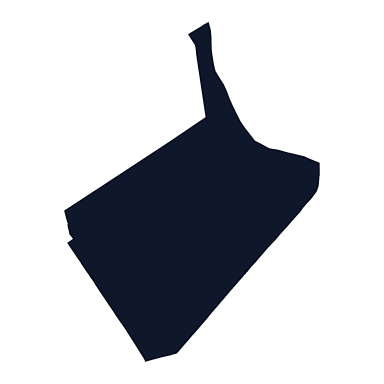 the district of Chau Doc, An Giang, Vietnam
{"feature_id": "81297802B29469680325647", "entity_name": "Chau Doc", "entity_type": "district", "adm_level": 2, "iso_a3": "VNM", "parent_name": "Vietnam", "parent_adm1": "An Giang", "projection": "robinson", "projection_center": [105.086, 10.688], "detail": "fine", "context": "isolated", "style": "filled", "palette": "ink", "viewbox_px": 384, "rotation_deg": 0, "n_neighbors": 0, "source": "geoboundaries", "source_scale": "gbopen_adm2", "svg_char_len": 2358}
<svg xmlns="http://www.w3.org/2000/svg" viewBox="0 0 384 384"><path d="M189.1,34.5L192.7,40.2L194.7,43.3L195.7,44.9L196.3,47.6L197.0,55.0L206.4,117.5L170.5,141.8L165.5,145.1L118.1,176.2L65.1,210.9L65.0,211.0L66.9,218.3L67.6,220.7L67.8,221.4L68.4,223.0L68.6,224.0L68.3,224.7L68.2,225.3L68.3,226.0L68.6,227.2L68.8,228.1L69.3,229.8L69.7,231.5L69.9,232.5L70.0,232.9L70.0,233.3L70.1,234.1L70.3,234.3L71.6,235.7L72.2,236.5L73.5,238.2L74.1,238.8L72.0,240.5L68.2,243.0L68.4,243.3L69.2,244.6L73.5,250.9L74.8,252.8L76.1,254.8L81.5,262.7L81.8,263.4L88.1,272.7L89.0,273.8L90.9,276.9L91.8,278.2L92.2,278.4L95.0,282.7L95.4,283.6L97.9,287.3L101.4,292.7L101.8,293.2L107.8,302.2L108.4,303.0L109.1,304.2L109.3,304.4L114.4,311.9L115.0,312.9L116.0,314.5L121.0,321.9L122.0,323.1L127.6,331.4L128.0,332.2L133.9,341.3L136.4,345.3L139.8,350.8L140.4,351.8L144.6,358.4L145.8,361.0L146.3,360.7L153.5,358.7L159.7,357.0L164.5,355.9L170.6,354.5L172.5,353.8L173.3,353.6L175.5,353.1L175.9,353.1L176.6,352.4L177.4,351.8L179.0,349.9L181.0,347.6L182.2,346.1L183.9,344.2L185.1,342.8L187.8,339.8L189.9,337.2L192.2,334.5L192.9,333.8L194.9,331.7L196.3,329.9L197.3,328.9L199.8,325.9L200.5,325.0L201.0,324.5L203.7,321.4L207.4,317.0L208.6,315.5L209.0,314.9L211.4,312.1L215.1,307.8L216.9,305.9L220.6,301.3L221.6,300.3L224.0,297.5L225.1,296.1L225.4,295.8L226.6,294.4L227.6,293.3L228.7,292.0L230.0,290.2L231.9,288.3L232.5,287.5L234.8,284.9L235.0,284.8L235.8,283.6L236.4,283.2L237.4,281.9L237.6,281.5L238.8,280.3L240.5,278.4L242.2,276.5L242.7,275.9L242.9,275.4L243.9,274.4L244.9,273.6L246.0,271.8L247.0,271.2L248.0,269.7L248.7,268.9L251.3,265.7L251.7,265.3L253.6,263.4L254.4,262.4L255.1,261.8L259.1,256.9L259.9,256.1L261.0,254.8L264.8,250.4L267.9,246.8L274.9,239.5L279.6,233.9L286.9,225.9L290.8,221.3L296.7,214.7L299.3,212.0L301.3,209.2L302.2,207.8L306.1,203.2L310.4,198.7L315.5,191.9L316.2,190.8L317.9,185.8L318.5,179.1L318.7,176.4L319.0,175.4L318.9,163.3L309.6,159.5L303.9,157.0L296.2,155.1L287.1,153.0L278.1,150.5L269.0,149.0L259.3,143.7L254.4,141.2L253.4,139.9L250.1,135.6L244.3,128.2L240.1,122.0L236.1,114.2L232.3,106.4L228.8,98.6L226.3,91.7L223.2,84.9L218.9,78.1L214.8,71.3L213.1,64.2L212.1,57.7L211.1,51.2L210.8,44.2L210.7,37.1L210.1,30.3L208.1,23.0L206.9,23.8L204.5,25.0L203.5,25.6L203.0,26.0L202.0,26.8L198.0,29.1L191.2,33.2L189.1,34.5Z" fill="#0f172a" stroke="#020617" stroke-width="1.5"/></svg>